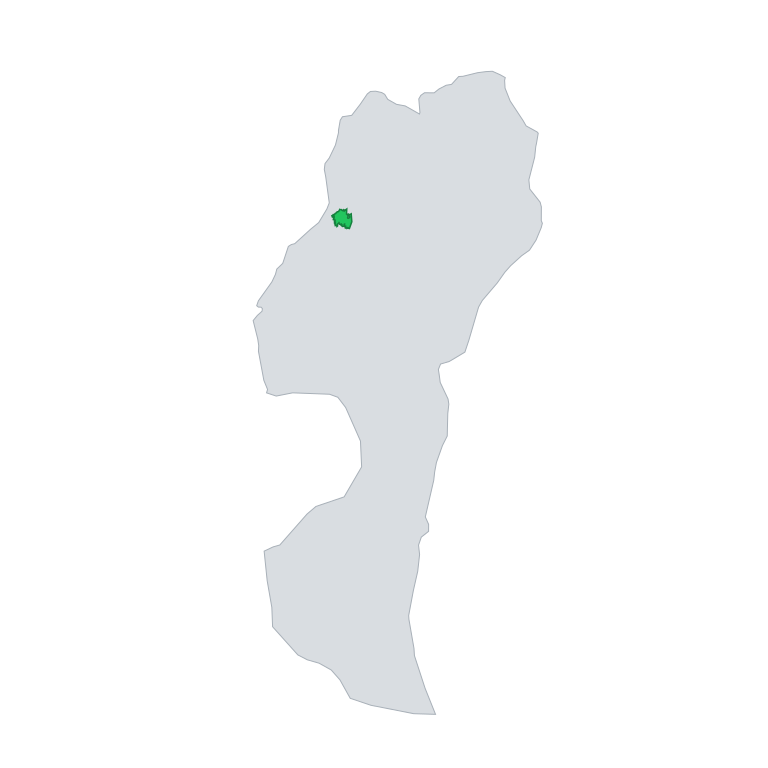 Virešu pag., Apes, Latvia shown in context, rotated 277°
{"feature_id": "27541924B12272202930489", "entity_name": "Virešu pag.", "entity_type": "district", "adm_level": 2, "iso_a3": "LVA", "parent_name": "Latvia", "parent_adm1": "Apes", "projection": "robinson", "projection_center": [26.356, 57.405], "detail": "fine", "context": "in_parent", "style": "filled", "palette": "green", "viewbox_px": 768, "rotation_deg": 277, "n_neighbors": 0, "source": "geoboundaries", "source_scale": "gbopen_adm2", "svg_char_len": 5145}
<svg xmlns="http://www.w3.org/2000/svg" viewBox="0 0 768 768"><g transform="rotate(277 384 384)"><path d="M562.8,521.6L558.3,521.0L545.4,517.4L534.6,512.1L528.1,505.0L516.9,495.3L509.6,490.3L498.1,484.1L478.9,471.4L471.9,468.5L437.8,462.9L425.5,460.4L414.3,446.0L410.7,437.7L405.1,436.2L399.0,437.9L392.4,439.6L376.9,449.4L371.9,450.8L362.4,450.9L340.1,453.1L330.0,449.5L312.5,445.6L303.0,445.0L294.5,445.1L257.1,441.2L250.1,445.4L243.2,446.2L236.6,439.7L228.3,437.9L219.1,440.1L202.3,440.3L182.5,438.3L157.2,436.7L153.5,437.4L125.1,446.0L118.1,447.3L87.1,461.8L62.4,475.4L60.4,453.7L63.5,410.3L67.9,388.8L85.0,376.3L93.7,366.5L99.0,353.5L100.9,341.5L104.6,331.5L129.5,303.0L148.6,299.9L174.6,292.0L203.5,285.4L208.8,293.8L211.5,300.2L245.6,323.5L254.2,331.4L267.1,358.2L299.0,371.9L324.5,367.6L335.6,361.0L356.0,348.8L365.2,339.8L367.2,331.2L364.1,294.4L358.9,278.5L360.9,268.5L364.4,269.1L373.0,264.3L401.2,255.4L406.8,255.0L413.3,253.2L431.0,246.4L436.7,250.0L441.4,254.1L444.0,254.1L445.3,252.6L445.0,250.0L446.2,248.1L451.3,249.2L471.7,260.3L479.6,262.9L485.0,263.6L491.4,268.8L508.9,272.3L511.1,275.0L512.4,278.3L528.8,292.4L536.2,299.5L550.8,306.0L557.1,307.6L582.6,300.9L589.7,298.6L595.6,298.6L601.6,302.1L615.3,306.7L627.8,308.2L630.0,307.9L640.5,308.4L644.2,310.2L646.7,319.2L658.7,326.3L669.9,332.1L672.7,334.9L673.6,340.1L673.0,346.2L671.6,349.4L667.0,353.0L663.1,362.3L662.6,371.1L656.3,386.3L657.8,386.6L671.2,383.8L675.0,385.4L678.0,388.7L679.1,398.3L683.5,402.6L688.1,409.3L689.6,414.5L698.3,420.7L699.0,424.8L704.4,439.0L706.5,447.2L707.6,453.5L705.1,461.6L702.9,467.0L700.1,466.7L692.4,468.1L680.3,474.7L662.2,490.1L657.5,493.6L652.8,505.3L651.7,506.5L641.1,506.0L638.2,505.7L627.5,505.9L604.3,502.9L595.3,504.9L583.5,516.8L579.0,518.6L565.3,520.2L562.8,521.6Z" fill="#d9dde1" stroke="#a8b0b8" stroke-width="1"/><path d="M539.5,315.0L537.6,315.3L537.6,315.5L538.1,315.6L538.0,315.8L537.8,316.0L537.6,315.9L537.7,316.0L537.4,316.0L537.0,316.2L536.7,316.0L536.6,316.3L535.3,316.3L535.4,316.9L535.5,317.0L535.7,317.4L535.7,317.7L534.6,318.1L535.3,318.7L535.5,318.6L536.1,318.3L536.9,318.4L537.3,318.5L537.4,319.0L538.7,319.7L538.6,319.8L538.1,319.8L537.7,320.0L537.8,320.0L537.7,320.2L537.3,320.3L537.2,320.4L537.1,320.5L537.2,320.9L537.3,321.1L537.3,321.3L537.2,321.4L536.9,321.5L536.8,321.8L536.5,321.9L536.3,322.2L536.5,322.2L536.7,322.3L536.8,322.4L536.8,322.5L537.3,322.5L537.1,322.8L536.6,322.7L536.1,322.7L536.1,322.8L536.2,323.0L535.6,323.3L535.3,323.5L535.6,324.7L535.6,324.8L535.6,325.0L536.0,325.1L536.3,325.2L536.5,325.1L537.0,325.2L537.3,325.1L537.3,325.3L537.2,325.3L537.3,325.4L537.2,325.4L537.3,325.4L537.2,325.5L536.9,325.6L536.7,325.6L536.8,325.6L536.7,325.6L536.4,325.7L536.3,325.8L536.1,325.7L536.2,325.8L535.9,325.9L536.0,325.9L535.9,325.9L535.8,326.0L535.7,326.0L535.8,325.9L535.7,325.9L535.7,326.0L535.4,326.1L535.4,326.3L535.2,326.4L535.2,326.5L535.3,326.6L535.2,326.6L534.8,326.7L534.6,326.6L534.4,326.5L534.2,326.6L534.3,326.7L534.2,326.7L534.2,326.8L534.3,326.9L534.3,327.0L534.4,327.3L534.3,327.5L534.5,327.6L534.4,327.7L534.5,327.7L534.6,327.8L534.6,328.0L534.3,328.3L534.5,328.4L534.6,328.5L534.6,328.4L534.7,328.5L534.2,328.9L534.2,329.4L534.4,329.5L534.6,329.6L534.1,330.4L534.1,330.7L541.1,332.3L548.9,330.7L548.5,330.2L548.3,329.9L548.2,329.7L548.0,329.0L548.0,328.8L548.0,328.7L547.9,328.8L547.5,328.3L547.2,328.4L547.0,328.5L546.6,328.9L546.4,328.9L546.3,329.1L546.2,329.4L545.8,329.5L545.5,329.6L545.2,329.5L544.9,329.5L544.1,328.4L544.1,327.9L544.4,327.7L544.6,327.8L544.8,327.6L545.9,327.8L546.7,327.6L547.1,328.2L547.8,327.9L548.1,328.2L548.3,327.9L547.7,327.6L547.9,327.4L547.7,327.2L548.1,326.6L547.8,326.4L548.0,326.1L553.1,325.7L552.7,325.3L552.7,325.2L552.4,324.9L552.0,324.8L551.9,324.7L552.1,324.4L552.0,324.2L551.8,324.1L551.7,324.0L551.7,323.9L551.3,323.7L551.7,323.5L551.8,323.4L551.7,323.3L551.3,323.4L551.2,323.4L551.1,323.1L550.9,323.0L550.9,322.9L551.2,322.9L551.5,323.0L551.8,322.7L551.4,322.1L551.5,322.1L551.3,321.9L551.3,321.6L551.2,321.5L551.3,321.3L551.3,321.1L551.6,320.9L551.7,320.6L551.9,320.4L551.8,320.2L551.7,320.1L551.7,319.9L551.6,319.7L551.4,319.6L551.5,319.6L551.8,319.5L551.8,319.4L551.7,319.1L551.7,318.9L551.8,318.8L549.7,317.9L549.3,317.2L549.3,316.7L549.0,316.4L548.9,316.4L548.7,316.2L548.4,316.0L548.4,315.9L547.9,315.7L547.6,315.3L547.6,315.2L547.4,315.0L547.3,314.8L547.2,314.8L547.1,314.7L546.9,314.7L546.7,314.5L546.6,314.4L546.5,314.2L546.4,314.1L546.2,314.1L546.3,313.9L546.2,313.8L546.2,313.7L546.0,313.3L545.4,313.3L544.8,312.9L545.0,312.8L545.3,312.6L545.1,312.5L544.8,312.0L544.7,311.8L544.2,312.1L543.9,312.1L543.7,312.2L543.4,312.4L543.4,312.5L543.4,312.8L544.0,313.2L544.3,313.4L544.3,313.5L544.3,313.9L544.2,314.1L543.9,314.2L543.5,314.3L543.4,314.2L543.0,314.0L542.6,313.8L542.1,313.8L541.3,313.6L541.2,313.6L540.9,313.7L540.9,313.8L541.0,313.9L541.3,314.2L541.3,314.3L541.2,314.4L541.2,314.5L541.5,314.7L541.5,314.8L541.3,315.0L541.1,315.0L540.9,315.1L540.7,315.3L540.6,315.5L540.4,315.6L540.0,315.6L539.9,315.5L539.9,315.4L539.8,315.2L539.7,315.2L539.6,315.3L539.5,315.0Z" fill="#22c55e" stroke="#15803d" stroke-width="1.5"/></g></svg>